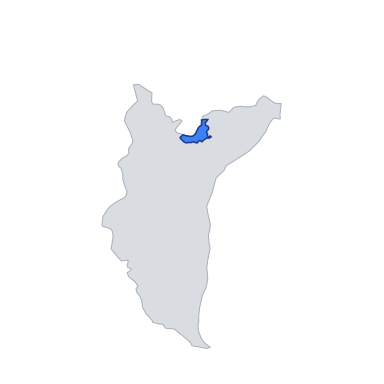 location of Basarabeasca within Moldova, rotated 220°
{"feature_id": "MDA-1630", "entity_name": "Basarabeasca", "entity_type": "District", "adm_level": 1, "iso_a3": "MDA", "parent_name": "Moldova", "parent_adm1": "", "projection": "natural_earth1", "projection_center": [28.89, 46.362], "detail": "fine", "context": "in_parent", "style": "filled", "palette": "blue", "viewbox_px": 384, "rotation_deg": 220, "n_neighbors": 0, "source": "natural_earth", "source_scale": "10m", "svg_char_len": 2564}
<svg xmlns="http://www.w3.org/2000/svg" viewBox="0 0 384 384"><g transform="rotate(220 192 192)"><path d="M78.3,84.8L79.7,82.0L93.1,74.3L96.5,75.6L103.5,75.9L117.7,75.6L124.7,70.6L129.0,72.0L132.5,69.7L138.4,66.9L139.2,67.5L140.0,67.9L149.0,69.2L155.8,71.9L160.4,76.1L165.1,78.7L169.9,79.7L172.6,81.8L173.1,85.0L177.6,86.6L186.2,86.5L189.8,88.6L188.5,92.9L189.3,94.3L192.4,92.8L194.7,94.1L195.9,97.2L197.3,98.7L201.6,93.8L206.2,94.3L217.3,96.3L223.3,106.5L227.0,110.2L230.2,111.7L234.3,110.1L237.9,108.2L240.0,109.1L244.5,115.9L245.6,124.7L245.6,128.3L244.0,134.3L241.7,140.7L239.9,144.9L240.7,148.2L242.3,151.0L245.0,152.0L253.6,157.6L256.8,161.6L261.5,164.5L265.1,164.7L267.0,166.3L267.6,168.3L267.1,173.3L265.2,178.1L265.4,181.2L268.6,184.8L268.9,189.0L269.2,191.7L270.8,193.7L278.8,198.4L289.1,202.8L291.7,206.7L293.3,211.5L292.9,219.7L292.2,226.8L305.7,236.4L304.2,238.2L302.1,240.2L289.3,241.6L286.6,242.4L281.0,235.2L278.1,234.3L275.3,236.9L272.1,238.4L268.2,237.7L264.0,235.5L261.9,233.9L260.2,233.7L257.6,235.3L254.1,234.6L251.9,232.8L248.6,238.9L246.6,240.2L245.3,240.0L245.1,229.6L244.1,228.1L241.5,227.8L235.2,230.3L229.3,233.5L227.3,236.3L227.5,241.5L228.3,247.6L232.4,256.9L230.2,260.9L228.6,267.4L222.2,273.3L214.9,276.7L214.3,283.8L210.3,288.6L203.4,293.4L198.8,299.2L199.9,303.2L200.2,307.0L199.4,309.6L199.2,311.5L197.4,312.4L186.9,313.1L183.9,314.3L180.4,317.1L177.2,311.9L173.9,307.3L171.4,304.8L172.5,303.6L175.1,302.4L177.0,300.8L176.8,295.3L175.4,289.0L174.2,286.0L174.1,281.2L173.2,273.8L174.5,260.0L179.8,242.7L182.7,234.1L181.3,229.4L182.5,218.4L180.2,213.0L176.7,205.9L171.6,190.5L165.3,185.1L157.5,179.2L154.2,174.8L152.0,169.9L147.4,165.0L142.1,160.6L135.8,149.4L132.5,144.4L131.5,143.0L124.3,135.9L120.5,129.4L118.6,124.1L117.5,119.2L112.5,109.5L107.9,102.3L103.5,97.1L101.5,93.4L96.4,88.8L89.1,85.1L84.4,84.5L78.3,84.8Z" fill="#d9dde1" stroke="#a8b0b8" stroke-width="1"/><path d="M235.6,230.2L233.3,230.9L228.5,233.8L227.1,235.6L226.7,237.9L227.3,241.0L228.4,244.9L228.5,246.2L228.1,247.7L227.6,248.9L227.7,250.0L228.8,251.3L231.0,253.2L229.6,255.1L226.5,257.7L226.2,255.7L226.4,253.4L224.4,251.9L221.9,252.6L220.6,252.0L219.6,250.8L219.6,249.8L219.9,248.9L219.2,246.9L217.4,246.5L216.4,244.9L214.9,244.7L214.1,246.7L212.7,246.6L213.5,244.3L215.3,242.9L216.3,240.0L216.6,236.9L218.8,236.6L219.6,235.2L219.5,233.0L221.5,231.8L222.8,231.6L223.8,230.6L224.4,229.3L226.6,227.6L227.5,226.3L228.9,225.5L230.3,225.2L235.0,225.5L236.2,226.2L235.9,228.4L235.6,230.1L235.6,230.2Z" fill="#3b82f6" stroke="#1e3a8a" stroke-width="1.5"/></g></svg>